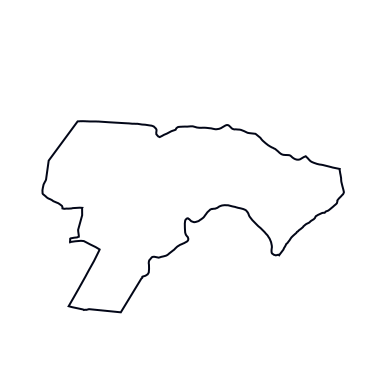 Roseau Valley, Anse-la-Raye, Saint Lucia (orthographic projection), rotated 165°
{"feature_id": "8701671B68986810783457", "entity_name": "Roseau Valley", "entity_type": "district", "adm_level": 2, "iso_a3": "LCA", "parent_name": "Saint Lucia", "parent_adm1": "Anse-la-Raye", "projection": "orthographic", "projection_center": [-61.028, 13.953], "detail": "fine", "context": "isolated", "style": "outline", "palette": "ink", "viewbox_px": 384, "rotation_deg": 165, "n_neighbors": 0, "source": "geoboundaries", "source_scale": "gbopen_adm2", "svg_char_len": 5914}
<svg xmlns="http://www.w3.org/2000/svg" viewBox="0 0 384 384"><g transform="rotate(165 192 192)"><path d="M322.8,175.0L321.7,175.1L317.5,174.6L311.9,173.6L309.2,172.6L306.9,170.5L304.0,167.8L299.4,163.8L296.1,160.4L296.5,159.8L300.8,154.9L304.6,150.6L311.5,143.5L315.3,139.5L316.3,138.4L326.7,127.7L334.2,120.1L339.3,115.0L340.7,113.6L337.6,111.8L330.9,108.4L327.6,106.7L327.0,106.0L326.3,106.0L325.3,105.8L324.5,105.5L321.8,105.5L299.8,97.2L291.9,94.2L263.3,121.5L263.1,121.6L262.6,121.8L262.2,122.1L262.0,122.9L261.9,123.0L261.2,123.1L260.2,123.1L259.2,123.1L258.1,123.3L257.0,123.7L256.2,123.9L254.6,125.4L253.4,128.8L252.4,132.8L252.2,134.5L251.8,135.5L251.5,136.3L251.1,136.8L251.0,137.0L250.7,137.3L250.0,137.7L248.9,138.5L247.7,139.3L247.1,139.5L246.2,139.4L245.4,139.3L244.8,139.0L244.6,138.9L243.9,138.6L243.2,138.2L242.1,137.7L241.5,137.3L240.8,137.2L240.2,137.2L238.4,137.3L236.4,137.2L234.8,137.2L234.5,137.2L233.7,137.2L233.1,137.3L232.2,137.5L231.4,137.8L230.7,138.1L229.8,138.6L229.0,138.9L228.1,139.3L226.9,139.8L225.5,140.4L224.2,140.9L223.5,141.3L223.3,141.5L220.7,142.9L219.8,143.3L219.5,143.3L218.9,143.5L217.4,144.0L216.1,144.2L215.8,144.2L215.2,144.3L214.1,144.5L212.6,144.7L211.6,145.0L210.3,145.3L209.3,145.6L208.3,146.4L207.9,147.1L207.7,147.6L207.7,149.4L208.4,150.8L209.0,152.4L209.1,154.6L208.2,159.0L207.1,163.4L206.1,165.9L206.0,166.0L205.8,166.4L205.4,166.8L205.0,167.1L204.8,167.2L203.9,167.7L203.3,167.6L202.8,167.7L202.2,166.8L201.8,166.6L200.3,164.0L200.0,163.8L199.9,163.7L198.6,162.8L197.8,162.3L197.2,162.2L196.1,162.1L193.4,162.2L193.2,162.2L190.9,163.1L190.3,163.2L189.9,163.4L189.1,163.7L187.7,164.3L186.9,164.8L185.8,165.7L185.1,166.3L184.0,167.1L183.8,167.3L183.7,167.4L182.3,168.5L180.4,169.5L179.6,169.9L179.2,170.2L178.3,170.4L177.3,170.5L176.8,170.4L176.7,170.3L176.0,170.3L173.8,169.9L173.2,170.0L172.0,170.1L171.4,170.2L170.4,170.6L169.9,170.8L168.9,171.0L168.3,171.1L166.5,171.2L165.0,171.0L163.7,170.8L162.5,170.4L161.1,170.0L160.5,169.8L158.9,168.9L156.8,167.7L155.4,167.0L154.0,166.3L153.2,165.7L152.4,165.3L152.0,165.0L151.0,164.5L149.2,163.6L147.3,162.5L146.8,162.2L146.3,161.8L145.5,161.2L144.6,160.3L144.1,159.3L143.9,158.8L143.6,158.3L143.6,158.0L143.3,157.3L143.1,156.0L143.1,155.5L142.8,153.5L141.0,149.2L140.2,147.8L138.4,144.6L137.5,143.0L136.8,141.8L135.8,140.4L134.9,139.1L134.0,137.5L133.0,135.8L132.0,134.0L131.5,132.8L131.2,132.3L130.3,130.6L129.9,129.4L129.9,129.2L129.1,126.9L128.6,123.1L128.8,119.5L129.1,118.0L129.5,117.1L130.1,115.6L130.2,115.4L130.7,113.4L130.7,112.3L130.3,111.5L129.9,111.1L129.1,110.1L128.3,109.7L127.7,109.2L126.9,109.1L125.6,109.1L124.7,109.0L124.7,108.9L124.5,108.7L124.4,108.5L124.2,108.3L123.9,108.6L123.4,109.0L120.3,111.4L118.6,112.7L117.8,113.8L117.1,114.5L116.5,115.0L115.1,116.5L114.5,117.3L113.0,118.0L111.8,119.0L110.7,119.8L110.3,120.1L108.9,121.4L107.7,122.4L105.6,123.6L103.0,124.9L101.9,125.4L100.9,126.3L99.7,126.6L99.4,126.9L98.5,127.4L96.4,128.2L94.0,129.3L93.6,129.6L93.4,129.9L91.1,131.0L89.9,131.5L87.2,132.0L86.5,132.2L85.1,133.0L84.1,133.4L81.4,134.2L79.8,135.2L79.1,136.2L78.3,136.7L78.0,136.7L76.5,137.2L73.7,137.7L72.0,138.0L70.8,138.0L69.4,137.6L69.2,137.6L67.9,138.5L65.1,138.8L63.0,139.7L59.1,141.5L58.2,142.0L56.4,142.8L55.0,143.6L54.3,144.8L53.9,145.5L53.8,146.2L51.8,147.7L49.2,149.2L47.7,150.2L46.7,150.7L45.9,151.6L45.3,152.5L45.2,155.0L45.2,158.9L45.1,163.2L44.8,165.1L44.4,166.8L44.1,170.0L44.0,171.8L43.8,173.5L43.7,175.0L43.3,176.0L48.3,178.5L49.3,179.0L49.9,179.3L51.4,180.2L54.1,181.7L57.0,183.3L58.6,184.2L60.3,185.0L61.8,185.6L62.7,186.1L64.0,186.8L66.8,188.7L68.1,189.7L68.7,190.2L69.6,191.2L69.9,191.7L70.9,193.5L71.5,194.8L71.9,195.4L72.4,196.2L72.9,197.1L73.1,197.1L73.4,197.0L75.0,196.8L77.4,196.1L79.1,195.6L80.4,195.6L82.3,196.1L83.8,197.0L85.0,198.1L86.0,199.3L86.6,200.2L86.8,200.6L87.6,201.7L88.4,202.3L89.4,202.7L90.3,203.0L92.3,203.6L94.0,204.2L95.2,204.9L96.1,205.7L97.3,207.2L98.4,209.0L99.8,211.0L100.4,211.9L101.7,213.0L102.5,213.8L103.7,214.7L104.0,215.1L105.0,216.0L105.2,216.3L106.2,217.3L107.1,218.5L108.3,220.1L109.3,221.6L110.5,223.4L111.3,225.0L111.9,226.6L115.2,231.2L115.7,231.8L121.3,234.0L123.0,234.8L124.4,236.0L125.9,237.3L127.4,238.4L128.6,239.3L129.8,239.9L131.6,240.5L133.5,241.2L134.9,241.5L135.6,241.9L136.1,242.2L137.0,243.0L137.8,244.4L138.7,245.9L139.4,246.9L140.4,247.5L141.5,247.7L142.8,247.5L144.6,247.0L146.1,246.6L147.4,246.2L149.4,246.0L151.4,246.2L152.7,246.4L153.9,246.9L155.5,247.7L157.0,248.5L159.1,249.3L161.1,250.1L163.4,250.9L165.5,251.4L168.2,252.1L170.5,253.0L172.3,254.1L174.2,255.2L176.4,255.8L179.8,256.4L182.7,257.2L185.8,257.9L187.4,258.2L187.9,258.3L188.0,258.3L189.1,258.3L190.8,257.5L191.7,256.4L192.7,256.3L193.7,256.2L194.3,256.2L195.7,256.1L196.4,256.0L201.2,254.9L204.2,254.5L206.5,253.9L209.0,253.4L210.3,254.5L211.5,257.0L211.1,258.8L210.4,260.4L210.2,261.4L210.2,261.6L210.5,262.7L212.0,265.2L213.8,266.5L215.5,267.2L219.8,269.1L222.8,270.1L226.8,271.9L232.3,273.5L235.2,274.6L237.7,275.4L253.7,280.7L264.5,284.4L272.8,286.7L279.2,288.7L280.3,288.9L280.7,289.1L282.8,289.5L284.2,289.8L322.3,259.4L329.8,241.7L330.7,240.6L331.7,239.6L333.4,237.7L335.0,234.6L336.0,232.4L336.7,229.3L336.5,228.5L334.4,225.6L333.8,224.5L332.5,223.0L330.7,221.6L329.4,220.4L328.4,219.1L325.6,216.9L324.0,215.7L322.4,213.8L321.2,212.2L321.1,211.4L321.1,210.7L321.3,210.1L321.4,209.7L320.5,209.2L319.7,208.8L318.4,208.6L317.2,208.4L316.1,208.0L312.7,207.3L311.4,207.3L310.4,207.1L308.5,206.7L304.5,205.9L302.2,205.1L302.3,205.0L303.7,199.6L304.1,198.0L311.9,184.7L311.9,184.1L312.1,183.4L312.6,179.3L312.9,178.1L313.6,178.1L314.0,178.0L314.6,177.9L315.1,177.9L315.4,178.0L316.1,178.1L316.7,178.2L317.4,178.3L318.2,178.4L318.5,178.4L319.8,178.5L320.6,178.6L320.9,178.6L321.0,178.6L321.3,178.6L321.6,178.5L321.6,178.4L321.9,177.9L322.2,176.8L322.5,176.0L322.8,175.3L322.8,175.0Z" fill="none" stroke="#020617" stroke-width="2"/></g></svg>